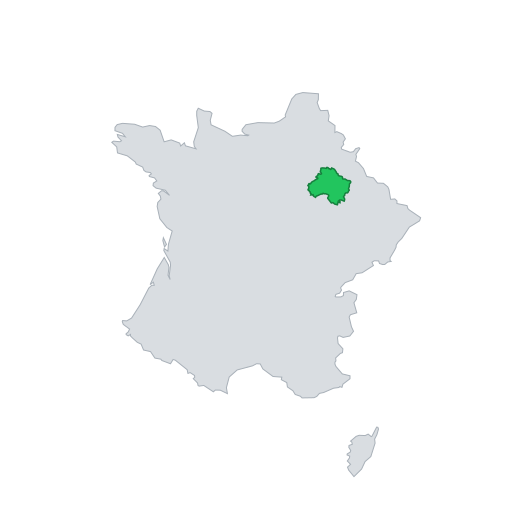 Marne highlighted on a map of France, rotated 20°
{"feature_id": "FRA-5323", "entity_name": "Marne", "entity_type": "Metropolitan department", "adm_level": 1, "iso_a3": "FRA", "parent_name": "France", "parent_adm1": "", "projection": "mercator", "projection_center": [4.087, 48.967], "detail": "fine", "context": "in_parent", "style": "filled", "palette": "green", "viewbox_px": 512, "rotation_deg": 20, "n_neighbors": 0, "source": "natural_earth", "source_scale": "10m", "svg_char_len": 6689}
<svg xmlns="http://www.w3.org/2000/svg" viewBox="0 0 512 512"><g transform="rotate(20 256 256)"><path d="M384.8,214.9L381.8,216.6L379.9,219.9L378.0,220.7L374.6,220.8L372.9,218.7L368.8,220.0L367.1,222.2L369.6,224.8L361.4,235.5L356.2,238.3L355.0,245.3L348.9,250.5L346.6,255.9L346.4,257.0L348.0,258.8L347.3,262.3L344.2,264.7L344.2,266.9L345.1,267.2L349.8,265.4L351.7,263.3L350.7,260.4L355.5,256.9L364.1,257.8L365.1,262.5L364.0,266.4L370.1,274.9L364.8,278.9L364.4,281.5L369.9,289.9L373.4,293.4L371.5,299.1L365.7,302.7L362.0,302.4L360.4,303.4L360.6,305.1L363.1,310.2L369.4,313.5L370.3,317.3L368.6,318.7L365.7,324.5L367.0,327.3L366.5,328.6L367.1,330.5L368.8,332.4L377.4,337.3L385.3,336.4L386.3,339.2L381.5,346.7L381.7,350.0L379.3,350.1L378.9,351.2L374.1,353.7L366.2,361.2L362.6,363.4L361.1,367.2L359.0,369.3L347.8,373.6L345.7,372.6L340.2,372.7L336.8,370.0L330.3,368.3L328.2,364.4L322.1,363.6L321.7,361.0L313.2,363.4L301.1,359.8L296.9,356.0L293.4,357.0L290.3,360.4L277.3,369.5L272.2,378.9L273.2,389.8L276.2,395.1L268.3,394.3L263.6,395.9L262.4,398.2L251.2,395.5L247.1,397.7L245.9,397.6L244.5,395.3L239.0,392.7L239.9,390.9L239.1,389.3L234.0,388.1L232.2,389.6L230.2,386.4L215.8,381.5L213.5,381.6L212.5,386.5L203.3,386.4L201.9,385.5L195.9,386.5L189.6,381.9L182.5,382.8L178.2,378.1L173.9,377.7L168.0,375.3L165.3,374.0L164.9,372.6L163.2,374.8L160.9,374.3L160.5,373.6L161.9,371.0L162.2,367.9L154.7,365.7L152.8,363.4L152.7,362.3L156.7,361.2L160.3,356.9L163.8,341.4L166.2,322.8L168.1,319.2L170.4,318.3L168.5,315.7L166.3,319.1L167.6,301.8L170.3,288.8L176.6,294.2L178.1,296.5L179.9,304.2L183.4,307.5L181.2,304.3L178.9,294.0L177.5,291.1L167.5,282.4L167.1,280.4L171.5,281.5L169.7,274.9L168.7,261.2L162.6,259.8L152.9,253.9L146.2,243.3L145.4,239.3L147.2,235.1L145.6,232.4L142.8,230.6L145.0,226.9L147.0,226.5L154.0,228.6L148.3,225.2L138.9,226.4L135.2,225.1L134.6,222.6L137.1,219.4L134.0,217.3L128.6,217.8L128.0,216.9L129.6,214.6L128.2,213.7L123.9,214.6L121.4,213.9L119.1,211.2L112.0,210.6L110.5,209.0L100.8,205.9L90.6,206.5L87.8,201.1L81.6,198.5L82.8,196.8L89.0,195.2L90.2,193.7L85.7,191.5L84.1,189.2L92.4,188.7L88.6,186.4L80.6,186.5L79.5,183.3L80.6,180.0L85.2,177.0L96.9,173.7L105.4,173.6L111.4,169.8L117.3,168.7L122.9,170.6L130.6,180.1L136.6,175.9L145.7,176.0L147.6,178.4L150.0,174.1L152.0,176.6L163.0,175.8L160.5,174.1L158.4,170.0L157.9,155.1L152.2,144.2L150.8,140.2L151.2,136.9L157.8,137.5L163.3,136.0L165.9,137.0L166.6,144.1L168.9,148.1L184.1,149.4L192.9,151.6L200.3,147.6L207.2,145.8L207.8,144.9L203.8,145.3L200.2,143.5L199.7,141.7L201.6,136.1L212.2,130.0L227.7,124.8L231.7,121.4L236.2,115.1L235.2,113.5L235.9,96.2L238.2,90.5L244.1,86.4L259.2,82.2L261.1,87.8L261.0,90.9L265.0,95.7L267.0,97.3L273.6,94.6L276.7,99.2L277.7,104.3L285.6,106.4L287.9,113.0L289.4,111.5L294.4,111.8L296.7,112.4L299.9,115.3L298.9,119.2L300.3,121.2L299.0,124.8L299.9,126.3L309.0,126.3L311.8,124.7L313.0,121.0L315.8,118.9L316.8,119.6L315.1,126.3L316.4,128.1L317.0,132.9L320.4,133.3L327.1,137.1L332.8,143.4L339.7,142.4L345.2,145.9L350.9,144.1L356.2,146.0L358.1,147.9L363.1,156.7L366.9,154.9L369.6,156.0L370.5,158.5L380.7,157.0L382.5,159.5L384.6,160.4L397.6,163.7L397.7,167.0L390.2,176.4L387.0,189.6L384.8,194.2L384.0,197.6L384.6,199.9L384.2,203.4L382.6,211.9L383.5,214.4L384.8,214.9ZM430.7,382.6L430.1,387.5L431.9,391.1L432.5,405.2L428.8,411.9L428.1,420.1L423.5,429.8L416.3,425.5L414.2,423.1L416.1,419.4L411.9,417.4L412.9,413.8L412.5,412.0L409.6,411.8L409.4,410.8L411.6,408.1L411.5,406.3L408.7,404.1L408.2,402.2L410.9,400.0L409.7,398.1L408.2,397.6L411.8,391.2L414.3,389.2L420.0,387.4L422.3,385.0L426.0,386.3L426.6,385.7L427.9,375.5L429.1,375.3L430.3,376.7L430.7,382.6ZM167.9,275.7L167.0,278.8L163.2,273.4L162.7,270.5L167.9,275.7Z" fill="#d9dde1" stroke="#a8b0b8" stroke-width="1"/><path d="M320.1,174.3L317.0,174.2L315.4,174.8L314.7,176.1L315.2,176.0L316.3,176.1L316.7,177.2L316.4,177.2L315.0,177.7L314.7,177.9L314.6,178.3L314.6,178.6L315.0,179.7L315.0,180.0L314.7,180.1L312.1,180.3L310.4,179.6L309.8,179.7L308.9,180.3L308.6,180.4L303.7,177.3L303.6,177.1L303.5,176.8L303.7,175.7L303.8,174.9L303.7,174.5L303.6,174.1L303.4,173.9L303.2,173.8L300.4,173.6L298.5,174.3L298.0,174.1L297.5,174.2L297.0,175.2L296.5,175.4L296.1,175.4L295.8,175.6L292.9,178.6L292.4,178.8L292.2,179.2L292.0,179.6L291.9,180.5L291.4,180.4L290.4,180.3L289.4,179.9L289.0,179.2L288.9,179.1L288.7,179.0L288.6,178.9L288.5,179.0L288.4,179.3L288.2,179.4L287.6,179.5L287.1,179.6L286.6,179.9L286.6,179.6L286.3,178.5L285.7,178.5L284.9,177.2L284.2,177.2L283.6,176.5L283.5,176.2L283.3,176.1L283.2,176.1L282.7,176.3L282.3,176.1L282.2,175.9L282.2,175.4L282.4,174.5L282.3,174.1L282.2,173.5L282.1,173.3L282.1,173.1L282.0,172.9L281.8,172.7L281.6,172.5L281.4,172.3L281.4,172.2L281.2,172.1L280.9,172.1L280.7,172.1L280.7,171.7L280.8,171.4L280.9,171.1L281.3,170.8L281.4,170.6L281.4,170.4L281.1,170.1L281.0,169.9L281.3,169.7L282.1,169.7L282.4,169.6L282.6,169.4L282.7,169.2L282.7,168.4L283.1,167.6L283.3,167.1L283.6,166.8L285.1,165.2L285.3,164.9L285.4,164.6L285.5,164.3L285.8,164.0L286.2,163.7L286.5,163.2L286.9,162.8L287.2,162.6L287.4,162.4L287.5,162.2L287.5,161.8L287.3,161.6L287.1,161.5L286.9,161.5L286.6,161.5L285.8,161.5L285.6,161.5L285.4,161.4L285.4,161.2L285.3,160.9L285.4,160.7L285.8,160.2L286.2,159.8L286.4,159.3L286.5,159.0L286.5,158.7L286.3,158.2L286.3,157.8L286.4,157.5L286.5,157.4L286.6,157.2L287.0,157.1L288.3,157.2L288.5,157.2L288.8,157.1L289.0,156.9L289.2,156.7L289.4,156.4L289.3,156.1L289.2,156.0L288.8,155.8L288.6,155.6L288.5,155.3L288.3,155.1L288.1,155.1L287.9,155.0L287.7,155.0L287.6,154.8L287.5,154.6L287.5,154.4L287.4,152.7L287.3,152.2L287.0,151.6L287.0,151.3L287.4,151.0L288.3,150.5L290.4,149.9L291.9,149.7L292.1,149.6L292.2,149.2L292.1,148.7L292.3,148.5L292.6,148.4L293.2,148.4L293.5,148.4L293.8,148.5L294.5,149.0L295.0,149.0L295.2,148.8L295.5,148.8L296.1,149.1L296.4,149.2L296.6,149.1L296.8,148.9L296.9,148.6L296.9,148.3L297.0,147.4L299.7,147.6L300.4,147.9L302.9,149.8L303.4,150.5L303.8,150.7L304.3,150.8L304.6,150.7L304.8,150.7L305.8,152.1L306.7,152.3L309.2,151.9L309.8,152.0L310.4,152.5L310.8,153.5L311.3,153.9L313.4,153.2L316.2,153.8L318.0,153.2L318.8,153.2L319.7,153.9L319.8,154.8L319.5,155.5L319.2,155.9L319.2,156.2L319.2,156.5L319.7,158.2L319.9,158.9L319.9,159.3L319.9,161.0L320.1,161.4L320.2,161.6L320.7,161.8L320.9,162.0L321.1,162.3L321.1,162.5L321.0,162.8L320.9,162.9L320.8,163.1L320.7,163.5L320.7,164.0L320.7,164.4L320.7,164.7L320.6,165.0L320.3,165.4L320.2,165.5L319.2,165.8L318.9,165.9L318.7,166.2L318.5,166.6L318.3,167.3L318.3,167.7L318.4,168.1L318.5,168.4L318.6,168.8L318.5,169.0L318.1,169.6L318.0,170.1L318.0,170.4L318.1,170.6L319.0,171.3L319.8,172.1L319.9,172.3L320.1,173.2L320.1,174.3Z" fill="#22c55e" stroke="#15803d" stroke-width="1.5"/></g></svg>